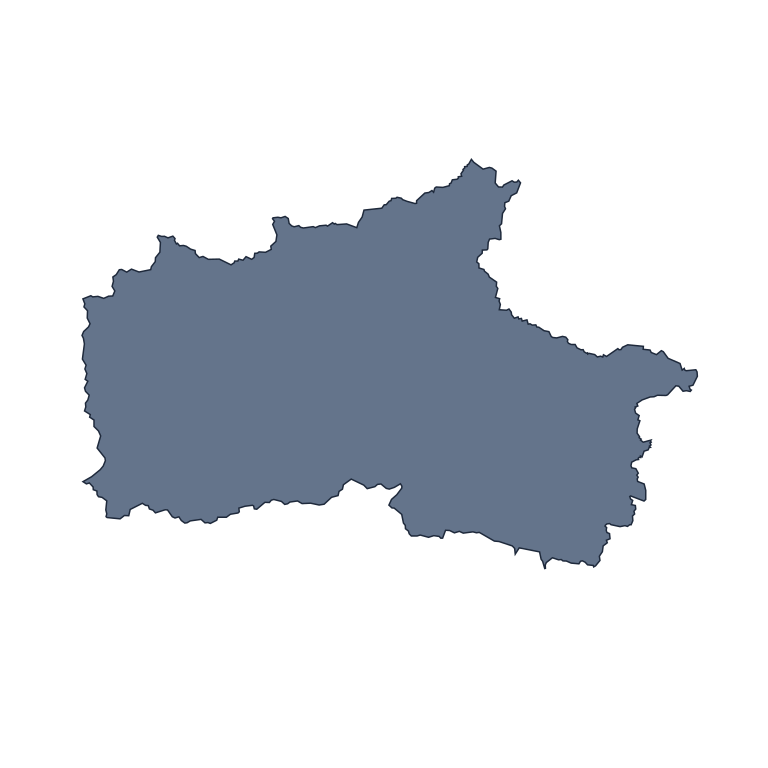 Song, Phrae, Thailand, rotated 262°
{"feature_id": "78962969B64048827158998", "entity_name": "Song", "entity_type": "district", "adm_level": 2, "iso_a3": "THA", "parent_name": "Thailand", "parent_adm1": "Phrae", "projection": "robinson", "projection_center": [100.212, 18.562], "detail": "fine", "context": "isolated", "style": "filled", "palette": "slate", "viewbox_px": 768, "rotation_deg": 262, "n_neighbors": 0, "source": "geoboundaries", "source_scale": "gbopen_adm2", "svg_char_len": 6123}
<svg xmlns="http://www.w3.org/2000/svg" viewBox="0 0 768 768"><g transform="rotate(262 384 384)"><path d="M512.2,106.0L510.2,97.7L505.0,98.9L502.1,97.6L497.8,100.6L490.6,99.3L484.6,101.3L481.6,99.3L477.8,93.9L474.1,91.7L471.2,92.7L465.4,92.9L450.6,88.8L444.1,91.6L440.5,89.9L435.7,91.2L430.2,88.7L428.0,91.1L421.9,86.9L418.3,87.4L414.0,90.5L409.4,88.5L406.6,85.7L402.8,85.5L399.0,83.7L394.6,88.9L392.1,87.9L388.7,91.8L382.3,90.9L377.3,94.7L372.0,96.2L360.5,91.0L349.6,97.4L346.8,97.4L341.8,94.5L338.6,91.0L332.9,81.6L329.2,72.3L326.5,75.4L327.0,78.5L322.5,81.6L319.8,81.4L318.0,84.8L314.4,84.5L312.1,85.6L311.0,89.0L306.9,93.2L298.0,91.0L294.0,91.4L291.3,90.3L290.3,91.2L287.2,103.9L289.9,108.6L289.1,112.9L295.1,115.2L299.5,128.1L297.0,131.0L296.4,133.6L292.9,134.3L291.2,137.7L288.2,139.7L289.9,149.8L289.4,152.1L282.0,155.9L280.4,158.4L281.0,162.4L277.0,164.3L274.0,167.4L274.0,169.7L275.4,173.1L275.4,184.0L271.4,187.4L271.3,190.4L270.1,192.6L272.4,199.4L275.2,200.8L274.0,209.4L276.4,213.8L276.6,221.5L277.6,222.9L281.3,223.0L282.3,229.3L282.2,236.9L281.4,237.9L278.4,238.2L277.7,240.6L283.4,249.6L282.6,254.0L284.6,256.2L285.0,258.8L282.0,266.1L278.6,268.9L278.8,271.9L280.2,274.4L280.2,282.1L277.0,286.2L276.2,294.7L273.2,302.9L273.3,308.0L279.1,316.3L279.9,323.0L283.9,324.5L285.6,328.2L289.9,329.8L294.4,338.3L286.7,349.9L282.7,352.8L283.6,360.7L285.5,363.6L285.4,367.1L280.3,371.7L279.2,374.6L280.2,379.9L282.9,386.4L280.3,387.5L278.4,387.1L272.5,381.2L268.7,375.4L263.4,372.0L260.2,374.6L259.7,376.8L252.4,383.4L243.6,383.9L241.0,385.4L237.7,385.1L235.0,387.7L232.2,388.1L229.7,389.9L228.9,395.7L229.4,398.8L226.0,406.8L226.9,412.2L225.4,417.4L223.4,418.8L223.2,420.6L230.6,424.6L229.8,428.6L226.8,433.0L227.6,438.1L225.3,441.7L225.2,451.5L223.8,454.8L223.8,457.7L213.1,471.4L212.0,476.0L205.8,488.5L203.0,490.5L197.3,490.3L202.9,495.1L196.1,514.7L188.6,515.2L186.4,516.4L178.9,517.5L179.0,518.2L182.3,518.5L184.6,519.9L188.5,526.6L185.6,532.4L185.5,535.1L183.9,536.6L183.3,540.0L180.6,544.4L178.8,552.0L181.1,553.9L181.3,555.8L179.5,558.4L176.6,560.4L175.2,566.0L173.7,566.2L174.5,568.2L179.2,573.3L183.5,573.3L187.5,576.9L193.2,578.5L195.7,583.0L198.3,582.5L199.3,586.3L204.5,586.5L205.9,584.1L208.3,583.7L210.8,584.5L212.5,583.1L213.3,583.5L214.4,585.2L214.4,588.0L213.1,589.2L209.9,597.9L210.2,602.9L209.1,605.3L210.5,607.8L210.2,609.1L214.0,611.4L218.7,611.7L220.4,614.1L223.2,613.8L225.1,615.9L228.7,616.0L230.1,612.2L234.1,614.1L235.8,612.2L238.4,611.7L238.8,612.7L231.9,625.2L233.2,627.1L242.2,628.4L248.8,627.7L252.2,621.6L254.7,621.5L256.4,622.7L258.6,621.6L260.3,623.4L265.1,621.6L266.5,617.7L268.7,617.2L272.1,618.4L273.8,623.1L273.8,625.6L275.1,625.4L275.9,626.6L275.5,627.9L276.9,628.0L275.9,629.4L281.3,632.2L282.0,636.4L284.3,637.8L284.2,639.0L285.6,638.2L286.5,639.9L288.7,639.2L289.2,640.5L290.4,639.9L291.3,640.6L290.3,632.6L292.8,630.2L293.6,631.0L295.3,629.2L296.3,629.7L300.1,627.8L304.3,628.5L312.0,632.3L313.2,630.4L317.2,632.3L320.2,629.1L324.0,628.6L325.5,629.9L326.2,629.5L326.9,632.3L329.6,631.7L332.3,637.4L334.1,645.7L333.8,649.7L334.8,653.2L333.4,661.6L333.8,663.3L341.6,672.8L340.8,675.6L335.2,679.1L335.3,682.5L334.0,686.2L335.2,687.5L336.1,686.4L339.3,685.8L339.8,689.8L348.0,695.4L352.4,695.7L354.7,694.8L355.1,685.0L356.2,683.6L357.6,683.5L356.3,681.2L363.1,680.0L369.9,668.9L377.1,665.1L378.4,663.3L375.2,657.9L378.0,653.0L380.6,652.2L382.3,645.5L385.2,646.1L388.9,630.8L387.2,625.3L385.1,623.4L385.2,621.5L386.5,620.5L380.3,608.2L382.4,605.4L380.3,604.4L381.4,602.3L381.1,599.0L383.8,596.8L385.9,591.1L385.3,589.9L386.5,589.7L386.3,588.8L388.0,586.7L390.3,586.0L390.5,583.8L392.9,580.2L396.5,578.8L397.1,574.8L398.7,572.3L400.5,571.5L402.3,572.2L405.1,570.5L406.3,567.4L405.6,561.4L406.6,557.5L407.8,556.2L412.9,554.6L414.5,549.9L418.7,545.2L419.1,543.3L421.4,542.6L421.7,539.0L423.3,537.0L423.2,535.1L427.6,534.5L427.1,529.6L429.8,529.2L429.7,526.5L431.8,526.1L431.0,522.2L434.8,520.0L437.5,520.0L440.9,518.2L440.0,515.6L441.5,508.5L446.6,510.3L450.1,509.5L452.4,510.4L454.2,506.4L462.8,510.0L465.1,508.8L469.2,509.7L475.2,503.2L478.3,502.4L481.7,499.2L483.5,498.9L485.7,494.2L489.9,494.7L492.0,492.8L496.4,494.4L499.8,499.4L502.9,500.0L502.5,504.6L503.4,505.6L509.8,506.9L512.8,508.7L512.7,514.3L510.9,518.2L511.1,519.9L517.8,520.8L524.6,520.3L526.3,522.7L536.4,525.1L540.6,528.7L543.1,528.1L546.7,528.9L547.7,533.0L552.8,536.2L554.8,542.0L564.2,547.2L567.1,545.4L565.5,543.6L565.7,541.1L567.4,539.1L564.4,530.4L562.5,528.7L563.2,524.8L567.6,522.1L579.2,524.6L582.8,520.9L583.8,518.5L583.0,512.0L591.0,503.8L594.3,501.8L590.0,498.5L589.4,497.0L587.9,496.6L588.0,494.1L586.6,493.9L585.5,492.1L584.6,492.4L581.5,489.5L578.9,489.8L578.9,486.4L577.4,486.2L576.6,484.9L576.7,480.1L573.7,478.4L573.2,476.8L571.3,476.3L570.5,469.7L571.8,463.1L570.9,461.5L567.0,459.8L568.9,458.4L567.4,455.1L567.4,451.0L561.0,441.8L558.4,441.4L558.4,439.8L561.7,432.2L563.9,428.2L565.6,427.0L567.1,422.9L566.3,421.5L566.7,417.4L564.6,416.5L564.3,414.6L561.3,411.2L561.4,409.1L558.4,406.3L559.0,388.4L552.4,385.6L547.6,381.2L542.6,378.8L547.7,369.3L548.4,359.6L549.8,358.0L549.3,357.0L550.9,355.5L548.2,350.0L549.3,348.8L549.6,342.1L548.4,337.8L549.7,335.8L549.7,325.9L550.8,323.2L552.7,321.7L552.2,316.9L553.4,314.6L556.2,312.4L561.2,312.2L563.7,309.4L562.9,305.1L563.9,302.1L564.0,297.2L563.2,296.6L560.4,298.2L557.5,296.0L546.6,298.7L540.2,296.8L536.3,291.1L533.0,291.1L530.9,285.0L532.2,278.7L531.2,276.8L531.4,274.2L527.4,273.0L525.9,270.3L529.3,265.1L526.2,261.6L527.9,257.5L526.1,256.4L526.5,253.3L524.9,252.5L523.3,249.1L530.6,238.3L531.9,227.4L535.5,222.5L534.9,218.6L539.4,215.4L542.5,215.5L544.5,211.2L547.9,207.4L549.1,204.7L549.3,200.8L552.1,199.1L551.6,197.9L555.4,196.5L557.1,197.3L559.8,195.5L558.8,190.4L560.8,187.2L561.1,184.3L562.6,181.2L561.0,179.9L555.3,182.3L545.7,180.4L540.9,175.3L537.0,174.5L532.6,170.0L529.7,168.9L529.0,157.0L532.9,149.9L530.6,144.8L533.9,140.2L534.0,137.8L529.6,134.1L527.7,130.4L523.4,130.4L518.5,128.3L513.6,130.4L508.9,127.6L509.3,123.5L507.8,118.4L510.6,112.9L510.8,107.7L512.2,106.0Z" fill="#64748b" stroke="#1e293b" stroke-width="1.5"/></g></svg>